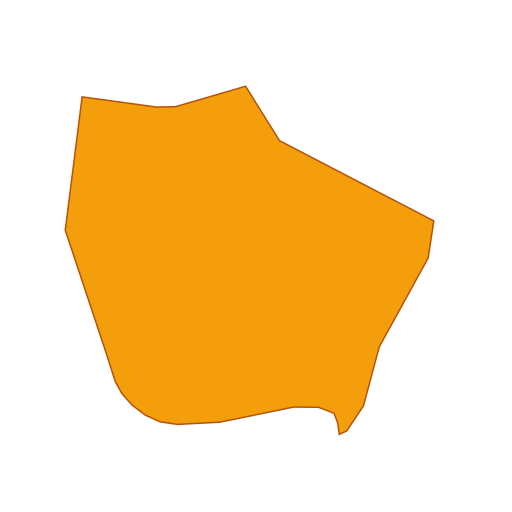 map outline of Prebold (Natural Earth projection), rotated 78°
{"feature_id": "SVN-243", "entity_name": "Prebold", "entity_type": "Municipality", "adm_level": 1, "iso_a3": "SVN", "parent_name": "Slovenia", "parent_adm1": "", "projection": "natural_earth1", "projection_center": [15.109, 46.221], "detail": "fine", "context": "isolated", "style": "filled", "palette": "amber", "viewbox_px": 512, "rotation_deg": 78, "n_neighbors": 0, "source": "natural_earth", "source_scale": "10m", "svg_char_len": 463}
<svg xmlns="http://www.w3.org/2000/svg" viewBox="0 0 512 512"><g transform="rotate(78 256 256)"><path d="M258.7,74.8L293.7,88.0L370.6,154.4L424.9,182.0L446.0,203.7L447.8,211.7L436.3,210.8L426.1,212.4L417.0,226.3L411.6,250.4L411.0,326.1L404.4,367.8L398.3,384.3L388.7,397.3L376.0,408.3L362.1,416.0L349.3,419.8L320.9,422.6L191.1,437.2L64.2,393.0L89.6,322.5L93.2,303.8L87.8,230.9L148.1,209.0L258.7,74.8Z" fill="#f59e0b" stroke="#b45309" stroke-width="1.5"/></g></svg>